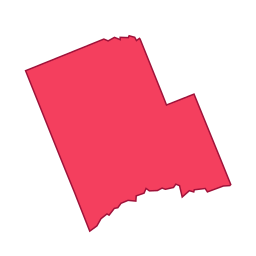 Winn, Louisiana, United States of America (Natural Earth projection), rotated 248°
{"feature_id": "52423323B15053613174821", "entity_name": "Winn", "entity_type": "district", "adm_level": 2, "iso_a3": "USA", "parent_name": "United States of America", "parent_adm1": "Louisiana", "projection": "natural_earth1", "projection_center": [-92.735, 31.928], "detail": "fine", "context": "isolated", "style": "filled", "palette": "rose", "viewbox_px": 256, "rotation_deg": 248, "n_neighbors": 0, "source": "geoboundaries", "source_scale": "gbopen_adm2", "svg_char_len": 760}
<svg xmlns="http://www.w3.org/2000/svg" viewBox="0 0 256 256"><g transform="rotate(248 128 128)"><path d="M81.0,54.2L46.7,53.9L48.9,62.5L54.0,68.9L56.2,76.3L54.3,77.8L58.6,85.2L57.9,88.7L60.8,93.3L60.9,100.9L57.3,107.9L62.0,110.2L61.6,118.5L65.2,122.1L61.7,124.3L59.0,131.8L59.5,137.1L57.2,139.7L55.8,147.9L58.0,151.3L55.2,154.2L43.7,152.4L46.9,161.4L44.1,165.0L45.9,166.3L43.0,176.9L39.0,177.7L38.5,194.7L36.5,200.8L37.1,202.1L59.6,202.1L121.6,201.9L134.7,201.9L134.7,200.9L134.9,172.3L146.0,172.4L205.8,172.5L206.8,172.2L205.9,168.6L209.6,168.2L213.1,163.6L211.7,162.1L215.0,154.7L212.8,153.9L217.1,149.4L216.2,142.2L219.5,138.9L219.5,128.3L219.5,54.5L127.5,54.2L112.8,54.2L87.4,54.3L81.0,54.2Z" fill="#f43f5e" stroke="#9f1239" stroke-width="1.5"/></g></svg>